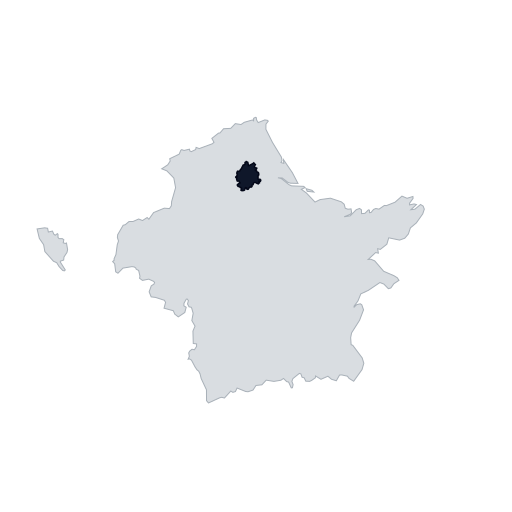 Lot-et-Garonne highlighted on a map of France, rotated 141°
{"feature_id": "FRA-5319", "entity_name": "Lot-et-Garonne", "entity_type": "Metropolitan department", "adm_level": 1, "iso_a3": "FRA", "parent_name": "France", "parent_adm1": "", "projection": "mercator", "projection_center": [0.533, 44.365], "detail": "fine", "context": "in_parent", "style": "filled", "palette": "ink", "viewbox_px": 512, "rotation_deg": 141, "n_neighbors": 0, "source": "natural_earth", "source_scale": "10m", "svg_char_len": 6119}
<svg xmlns="http://www.w3.org/2000/svg" viewBox="0 0 512 512"><g transform="rotate(141 256 256)"><path d="M373.7,218.5L370.9,220.0L369.3,223.0L367.5,223.8L364.4,223.8L362.9,221.9L359.1,223.1L357.5,225.1L359.8,227.5L352.3,237.3L347.5,239.9L346.5,246.2L340.9,251.0L338.8,255.9L338.6,256.9L340.0,258.6L339.4,261.8L336.6,263.9L336.6,266.0L337.4,266.3L341.7,264.6L343.4,262.7L342.5,260.1L346.9,256.9L354.7,257.6L355.7,261.9L354.7,265.5L360.3,273.3L355.4,276.9L355.1,279.3L360.1,287.0L363.2,290.2L361.6,295.4L356.2,298.7L352.9,298.4L351.4,299.3L351.6,300.9L353.9,305.5L359.6,308.5L360.5,312.0L358.9,313.3L356.3,318.6L357.4,321.2L357.0,322.3L357.5,324.1L359.1,325.8L367.0,330.3L374.1,329.5L375.0,332.0L370.7,338.9L370.9,341.9L368.7,342.0L368.3,343.0L363.9,345.3L356.7,352.1L353.4,354.2L352.1,357.6L350.1,359.6L339.9,363.5L337.9,362.6L333.0,362.7L329.9,360.2L323.9,358.6L321.9,355.0L316.4,354.4L316.1,352.0L308.2,354.2L297.2,350.9L293.4,347.3L290.2,348.3L287.3,351.4L275.5,359.7L270.8,368.3L271.7,378.3L274.4,383.1L267.2,382.4L262.9,383.8L261.8,385.9L251.6,383.5L247.9,385.5L246.8,385.4L245.5,383.3L240.5,380.9L241.3,379.3L240.6,377.8L235.9,376.7L234.2,378.1L232.5,375.2L219.3,370.7L217.1,370.8L216.3,375.2L207.8,375.1L206.6,374.3L201.1,375.3L195.3,371.1L188.8,371.9L184.9,367.6L181.0,367.3L175.6,365.0L173.1,363.9L172.8,362.6L171.2,364.5L169.1,364.1L168.7,363.5L170.0,361.1L170.3,358.3L163.5,356.2L161.7,354.2L161.6,353.1L165.3,352.2L168.6,348.2L171.7,334.0L174.0,317.0L175.7,313.8L177.8,312.9L176.1,310.5L174.0,313.6L175.3,297.9L177.7,286.0L183.4,290.9L184.8,293.0L186.5,300.1L189.7,303.0L187.6,300.2L185.5,290.7L184.2,288.1L175.1,280.1L174.8,278.3L178.8,279.3L177.2,273.3L176.2,260.8L170.7,259.5L161.8,254.1L155.6,244.4L154.9,240.8L156.6,236.9L155.1,234.5L152.5,232.8L154.5,229.4L156.4,229.1L162.8,231.0L157.5,227.9L149.0,228.9L145.6,227.8L145.0,225.5L147.3,222.5L144.5,220.6L139.6,221.1L139.0,220.3L140.5,218.2L139.2,217.4L135.3,218.2L133.0,217.5L130.9,215.0L124.4,214.5L123.0,213.1L114.1,210.3L104.9,210.7L102.3,205.8L96.6,203.5L97.7,201.9L103.4,200.4L104.5,199.1L100.4,197.0L98.9,195.0L106.5,194.5L103.1,192.4L95.7,192.5L94.7,189.6L95.7,186.5L99.9,183.8L110.6,180.8L118.3,180.7L123.8,177.2L129.2,176.2L134.4,178.0L141.4,186.6L146.9,182.8L155.2,182.9L156.9,185.1L159.1,181.2L160.9,183.4L171.0,182.7L168.7,181.1L166.8,177.5L166.4,163.8L161.2,153.9L159.9,150.2L160.2,147.1L166.3,147.7L171.3,146.3L173.7,147.3L174.3,153.7L176.4,157.4L190.3,158.6L198.4,160.6L205.1,156.9L211.4,155.3L211.9,154.5L208.3,154.8L205.0,153.2L204.5,151.5L206.3,146.5L215.9,140.9L230.1,136.1L233.8,133.0L237.9,127.2L237.0,125.7L237.6,110.0L239.7,104.8L245.1,101.0L258.9,97.2L260.7,102.3L260.6,105.1L264.2,109.6L266.0,110.9L272.1,108.5L274.9,112.7L275.8,117.3L283.1,119.3L285.2,125.3L286.5,124.0L291.1,124.3L293.2,124.8L296.1,127.4L295.2,131.0L296.5,132.8L295.3,136.1L296.2,137.5L304.5,137.5L307.0,136.0L308.1,132.7L310.6,130.7L311.6,131.3L310.0,137.5L311.2,139.1L311.7,143.5L314.9,143.8L321.0,147.3L326.2,153.1L332.5,152.2L337.5,155.4L342.7,153.7L347.6,155.5L349.3,157.2L353.8,165.3L357.3,163.6L359.8,164.6L360.6,166.9L369.9,165.5L371.6,167.8L373.6,168.7L385.4,171.7L385.5,174.7L378.7,183.2L375.7,195.3L373.7,199.5L373.0,202.6L373.5,204.7L373.2,208.0L371.7,215.7L372.5,218.0L373.7,218.5ZM415.7,371.7L415.1,376.2L416.7,379.4L417.3,392.3L413.9,398.5L413.3,406.0L409.1,414.8L402.5,410.9L400.5,408.7L402.3,405.3L398.5,403.5L399.4,400.2L399.0,398.5L396.3,398.4L396.2,397.5L398.2,395.0L398.1,393.4L395.6,391.4L395.1,389.6L397.5,387.6L396.4,385.8L395.1,385.4L398.4,379.5L400.7,377.7L405.8,376.1L408.0,373.9L411.3,375.1L411.9,374.5L413.0,365.2L414.2,365.0L415.3,366.3L415.7,371.7ZM175.5,274.0L174.7,276.8L171.2,271.9L170.8,269.3L175.5,274.0Z" fill="#d9dde1" stroke="#a8b0b8" stroke-width="1"/><path d="M199.1,329.8L199.1,328.6L199.1,328.1L198.9,327.5L200.6,326.7L201.3,326.0L201.0,325.0L200.3,324.2L200.1,323.8L200.4,323.5L201.9,323.0L202.4,323.1L202.4,322.7L202.3,322.3L202.1,322.1L202.0,321.7L202.0,321.4L202.3,320.8L202.3,320.5L202.2,320.2L201.9,319.9L201.7,319.7L201.7,319.4L201.7,319.0L201.9,318.6L202.8,317.3L203.0,317.2L203.5,317.3L203.9,317.1L205.9,314.6L206.0,314.0L205.8,313.7L204.9,313.4L204.6,313.1L204.5,312.7L204.5,312.2L204.7,311.8L205.0,311.6L205.3,311.4L205.6,311.3L205.9,311.3L206.1,311.6L206.3,311.9L206.6,312.1L206.9,312.1L207.0,311.9L207.1,311.7L207.1,311.1L207.2,310.9L207.3,310.7L208.2,310.8L208.5,310.7L208.8,310.6L209.5,311.7L209.9,312.9L210.5,313.9L211.4,314.3L212.0,314.2L213.4,313.3L213.7,313.4L214.2,313.6L214.4,313.7L214.7,313.5L215.0,312.9L215.3,312.6L215.6,312.5L216.5,312.6L217.0,313.2L217.5,313.4L218.6,313.3L219.9,312.8L220.3,312.9L220.8,313.3L221.0,313.9L220.9,314.4L220.5,314.9L221.0,315.7L221.7,315.6L223.2,314.5L224.0,314.5L225.0,315.0L225.9,315.7L226.3,316.5L226.0,316.8L224.9,317.4L224.6,317.7L224.5,317.9L224.6,318.0L224.8,318.4L224.9,318.5L225.0,318.7L225.1,318.9L225.0,319.3L225.1,319.5L225.2,319.8L225.3,320.0L225.4,320.4L225.4,320.6L225.6,320.8L226.0,321.1L226.1,321.4L226.1,321.7L226.1,322.0L226.0,322.7L225.7,323.1L223.9,323.2L223.4,323.1L223.2,323.0L223.0,322.8L222.8,322.7L222.6,322.8L222.4,322.9L222.4,323.1L222.3,323.3L222.4,323.5L222.3,323.9L222.3,324.1L222.0,324.6L222.0,324.8L222.2,325.2L222.3,325.3L223.0,325.6L223.3,325.9L223.4,326.1L223.4,326.3L223.3,326.5L222.5,328.3L222.2,328.6L221.7,329.0L221.8,329.2L222.0,329.3L222.1,329.5L222.2,329.9L222.1,330.1L221.9,330.2L221.7,330.2L221.3,330.2L220.9,330.0L220.7,330.0L220.3,330.1L220.2,330.2L220.1,330.4L220.1,330.5L220.0,330.8L219.8,330.9L219.3,331.2L219.1,331.3L219.0,331.5L218.9,332.0L218.8,332.5L217.4,333.4L216.9,333.5L216.7,333.3L216.1,332.7L215.9,332.5L215.4,332.3L215.0,332.4L213.5,333.0L213.3,333.0L213.1,333.0L212.8,332.8L212.6,332.9L212.3,333.0L212.1,333.2L210.5,334.0L210.0,334.1L209.7,334.2L209.1,334.7L208.9,334.7L208.7,334.7L208.1,334.5L207.0,334.1L206.8,334.1L206.6,334.2L206.5,334.4L206.2,335.0L205.9,335.4L205.6,335.6L205.4,335.6L205.2,335.6L205.1,335.3L204.8,335.2L204.7,335.2L204.1,335.5L203.4,333.9L203.8,333.4L204.3,332.1L205.1,331.0L204.7,330.7L200.3,329.8L199.1,329.8Z" fill="#0f172a" stroke="#020617" stroke-width="1.5"/></g></svg>